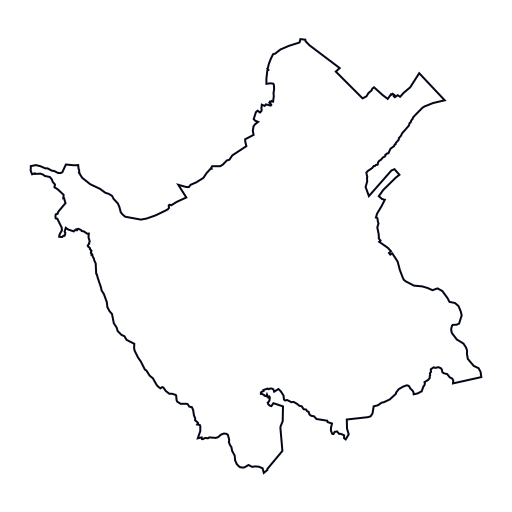 the district of Popesti, Bihor, Romania
{"feature_id": "2599482B55919517820584", "entity_name": "Popesti", "entity_type": "district", "adm_level": 2, "iso_a3": "ROU", "parent_name": "Romania", "parent_adm1": "Bihor", "projection": "mercator", "projection_center": [22.402, 47.209], "detail": "fine", "context": "isolated", "style": "outline", "palette": "ink", "viewbox_px": 512, "rotation_deg": 0, "n_neighbors": 0, "source": "geoboundaries", "source_scale": "gbopen_adm2", "svg_char_len": 5988}
<svg xmlns="http://www.w3.org/2000/svg" viewBox="0 0 512 512"><path d="M340.7,433.8L344.1,435.3L344.1,438.2L345.7,439.4L348.7,434.3L347.0,428.5L346.8,419.5L367.6,417.2L370.5,416.4L372.5,413.5L373.7,406.3L377.9,405.3L381.5,402.7L383.9,402.2L389.8,399.4L395.9,393.8L396.1,392.6L398.7,389.2L403.1,386.6L406.9,385.3L408.8,385.9L410.5,388.7L412.5,390.6L413.5,392.3L413.7,394.3L417.4,393.5L421.7,391.3L423.4,386.4L424.3,385.6L424.9,383.5L424.5,382.1L428.1,380.0L429.8,377.9L429.7,376.0L430.2,375.1L429.9,373.2L431.0,372.0L430.8,369.3L433.7,367.3L435.2,367.9L438.5,367.2L440.8,368.2L441.8,369.5L442.4,372.2L443.6,373.2L447.2,374.1L449.8,377.4L452.0,378.4L453.3,380.3L453.0,383.4L481.3,377.1L480.6,372.0L478.6,368.2L473.7,365.9L467.8,358.9L466.9,353.3L467.1,351.2L466.8,349.7L465.9,347.3L463.4,343.5L456.8,339.5L451.8,332.9L451.2,330.0L451.3,328.3L452.1,325.6L452.7,324.9L456.6,324.7L459.1,323.6L461.7,315.3L460.6,311.0L458.5,306.1L455.0,303.0L449.5,301.9L447.5,298.1L442.3,291.0L437.5,288.4L432.5,290.2L427.6,288.0L422.2,286.4L413.9,285.6L405.8,281.4L403.8,279.8L402.7,277.5L399.8,269.9L397.7,261.8L397.2,260.9L392.3,253.4L390.3,254.6L389.0,253.0L391.0,251.3L387.8,247.8L379.2,241.8L380.5,240.6L378.9,238.6L378.7,234.3L377.3,227.4L378.5,223.5L377.9,221.8L377.5,218.5L376.9,217.7L375.9,217.5L377.1,213.6L381.7,205.9L384.8,199.8L382.0,199.0L378.8,196.2L383.2,190.0L395.7,177.7L399.4,174.8L394.5,169.2L391.4,170.5L368.9,196.1L365.6,187.0L367.2,181.4L367.0,177.7L367.3,177.0L366.3,172.7L367.8,171.0L372.1,168.1L373.8,166.0L374.8,166.1L375.9,164.9L377.5,164.8L378.3,162.0L379.2,160.8L380.7,160.0L383.1,157.3L384.7,156.6L385.5,155.6L385.3,154.9L387.2,153.4L388.4,153.3L390.5,148.7L394.2,146.0L394.5,144.8L395.7,144.0L395.6,143.4L396.0,142.8L398.4,140.1L398.8,139.4L398.8,138.2L400.9,135.9L402.1,133.3L408.8,125.7L409.7,122.9L410.6,122.5L411.3,120.4L412.7,118.8L412.9,117.7L414.7,115.6L422.3,107.9L424.4,106.5L433.2,103.0L444.7,100.3L419.2,73.2L410.2,87.3L403.6,92.9L400.1,96.8L397.7,95.2L394.8,97.2L393.8,96.2L394.5,95.2L394.2,94.8L392.6,93.8L391.8,94.7L391.1,94.2L387.7,98.9L382.7,95.1L374.0,87.3L372.3,88.7L371.5,90.5L368.5,93.0L366.4,96.4L362.6,98.4L335.8,71.6L339.7,68.1L309.5,45.3L305.6,41.3L305.3,39.7L300.4,39.1L299.7,42.1L299.2,42.6L288.8,45.9L280.6,49.4L275.2,53.6L273.1,54.2L270.8,58.8L268.7,64.4L267.9,67.9L267.3,68.7L268.4,69.9L267.3,70.7L266.4,78.7L266.4,83.8L270.7,83.3L273.3,83.7L274.0,85.4L274.1,89.2L273.5,93.3L273.8,96.0L273.1,101.6L271.8,101.1L271.7,101.6L270.0,101.5L269.3,102.7L270.6,103.8L271.3,105.0L270.7,105.6L265.9,104.4L264.7,105.9L261.8,104.7L261.4,108.5L261.7,109.6L261.3,111.2L260.0,112.5L257.6,110.7L255.9,112.2L253.7,119.1L255.2,120.7L258.1,121.9L255.0,124.3L253.5,126.4L252.8,130.9L253.6,134.9L245.1,139.3L245.3,142.0L246.4,146.1L232.3,155.4L229.4,159.7L226.8,160.5L222.7,164.7L220.2,166.2L212.2,166.2L211.2,167.8L211.6,168.7L210.5,168.8L206.5,173.2L203.4,177.9L196.2,182.4L190.6,184.8L188.8,187.1L186.2,187.0L178.3,184.8L186.3,197.5L176.7,201.9L171.2,205.3L169.9,204.7L169.1,205.0L168.7,205.6L169.0,207.9L168.1,209.1L165.9,210.4L155.3,215.5L146.4,218.6L140.9,219.6L125.1,216.7L122.1,214.0L120.7,212.1L119.4,207.0L117.9,203.5L113.6,198.9L112.1,195.9L108.8,193.9L105.4,192.8L99.9,188.8L90.2,184.2L82.2,177.8L79.2,173.1L79.5,173.0L79.1,171.9L79.2,170.5L78.5,168.4L78.2,165.1L74.4,165.3L65.9,164.5L62.3,172.3L60.4,173.1L57.9,172.9L54.0,170.9L52.1,170.8L47.6,168.4L45.2,168.3L40.4,166.2L35.9,165.1L30.8,166.1L30.7,170.8L32.1,174.3L34.6,173.4L34.7,173.9L40.7,173.7L43.2,174.7L44.7,175.9L49.8,177.0L51.9,179.5L52.6,181.7L55.0,184.5L54.4,187.2L57.7,189.3L63.6,194.8L63.3,197.8L63.8,197.5L65.5,203.1L59.2,210.6L58.0,212.3L57.6,213.8L55.8,214.3L55.4,216.2L55.7,218.4L57.3,218.7L61.7,227.6L61.9,230.4L60.0,233.6L59.2,235.8L59.2,236.8L62.2,237.0L63.5,235.7L64.5,235.8L65.1,234.4L65.3,232.9L64.6,231.7L65.8,227.8L67.9,229.4L73.7,231.4L74.5,230.3L76.8,230.2L76.4,229.3L78.3,228.8L81.0,230.0L81.7,231.0L84.1,231.5L87.1,233.7L88.8,233.6L88.5,237.3L89.7,241.4L89.0,243.1L89.2,243.7L87.7,245.5L87.9,246.3L89.5,247.6L90.0,248.3L89.9,249.1L90.7,249.7L90.9,250.7L91.4,250.8L90.9,253.0L91.7,253.6L91.6,254.0L92.2,254.6L91.8,255.0L92.3,255.2L92.9,257.0L93.7,258.1L94.3,260.5L95.7,263.5L96.2,273.8L96.8,274.3L97.8,278.1L101.0,287.5L101.6,290.5L103.9,294.1L106.8,302.1L107.4,307.2L109.6,311.3L112.0,314.0L113.8,323.2L116.6,327.5L117.7,331.1L121.5,334.9L124.4,336.2L126.6,339.9L134.3,343.8L134.1,347.8L134.5,350.4L138.0,357.5L140.8,361.5L144.9,369.6L146.3,370.4L149.7,375.7L152.9,378.3L156.6,384.9L158.2,386.7L160.4,388.3L162.2,387.1L163.3,387.5L165.9,391.1L169.4,393.8L171.8,393.7L175.7,394.9L176.2,395.8L176.6,400.3L177.2,401.6L180.6,403.8L186.9,403.8L187.8,404.3L189.3,406.6L191.9,407.2L193.1,409.9L194.0,415.6L195.2,418.2L195.1,420.3L197.7,422.5L198.1,423.2L197.2,424.5L199.9,425.1L200.3,426.2L200.3,431.1L197.8,438.3L201.7,437.4L201.9,439.0L202.7,439.2L205.2,437.9L207.9,438.3L209.3,437.4L215.8,437.9L218.2,437.1L220.9,434.7L224.0,433.5L226.6,433.9L227.9,434.9L229.2,439.8L228.9,442.3L230.2,445.4L231.4,447.1L232.1,450.8L234.7,455.7L235.1,460.3L236.7,464.0L238.9,466.4L240.2,467.2L242.8,467.6L244.6,467.3L248.5,465.0L252.3,466.9L254.8,466.4L258.8,466.7L262.6,468.3L263.8,472.9L267.3,470.0L267.4,468.9L282.4,450.9L280.4,427.9L280.6,426.3L282.7,421.2L283.0,406.4L273.4,403.2L271.4,406.1L269.7,405.6L268.4,404.4L267.7,402.8L269.1,401.2L269.6,399.6L269.8,397.3L269.4,396.6L268.3,397.5L267.0,394.5L266.4,396.3L264.5,395.7L264.4,395.2L261.7,393.8L260.9,393.9L260.9,392.6L261.4,391.9L263.5,391.1L263.3,390.1L267.5,388.6L268.4,389.2L270.4,388.5L271.9,388.6L273.3,389.3L274.2,391.7L278.4,389.0L280.7,391.2L283.5,395.5L284.0,399.6L285.1,400.5L287.0,400.0L291.5,402.2L293.6,401.9L297.1,403.9L299.4,405.8L301.7,406.3L303.7,409.2L306.1,409.6L307.2,411.3L308.6,411.8L309.4,414.4L311.2,415.8L314.0,416.3L316.5,419.0L327.2,420.7L327.6,422.1L332.0,423.5L331.0,427.7L330.9,430.7L332.3,433.9L333.5,434.0L334.7,431.9L336.9,431.4L339.2,433.9L340.7,433.8Z" fill="none" stroke="#020617" stroke-width="2"/></svg>